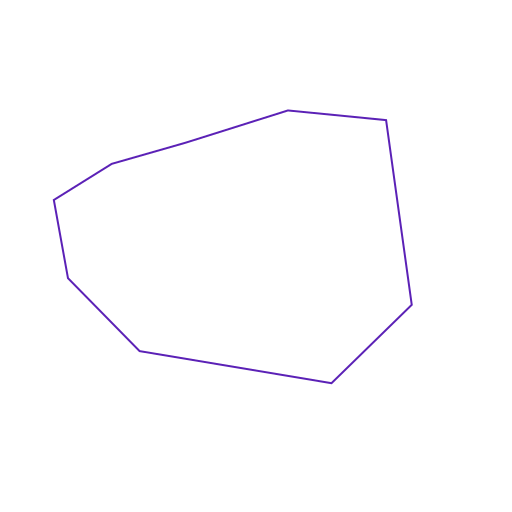 SVG path tracing the border of Rezekne, rotated 243°
{"feature_id": "LVA-4851", "entity_name": "Rezekne", "entity_type": "Republican City", "adm_level": 1, "iso_a3": "LVA", "parent_name": "Latvia", "parent_adm1": "", "projection": "robinson", "projection_center": [27.333, 56.518], "detail": "fine", "context": "isolated", "style": "outline", "palette": "violet", "viewbox_px": 512, "rotation_deg": 243, "n_neighbors": 0, "source": "natural_earth", "source_scale": "10m", "svg_char_len": 284}
<svg xmlns="http://www.w3.org/2000/svg" viewBox="0 0 512 512"><g transform="rotate(243 256 256)"><path d="M321.6,78.4L397.7,101.3L403.6,169.3L388.9,244.8L371.2,350.5L318.0,433.6L141.8,372.6L108.4,265.5L224.1,109.1L321.6,78.4Z" fill="none" stroke="#5b21b6" stroke-width="2"/></g></svg>